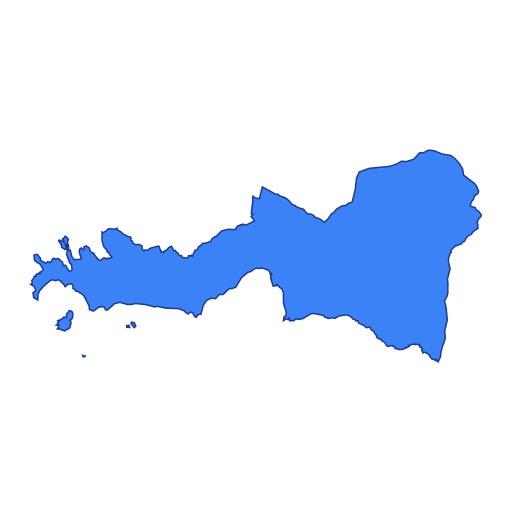 Bunda, Mara, United Republic of Tanzania (orthographic projection)
{"feature_id": "72390352B35806479810351", "entity_name": "Bunda", "entity_type": "district", "adm_level": 2, "iso_a3": "TZA", "parent_name": "United Republic of Tanzania", "parent_adm1": "Mara", "projection": "orthographic", "projection_center": [33.643, -2.036], "detail": "fine", "context": "isolated", "style": "filled", "palette": "blue", "viewbox_px": 512, "rotation_deg": 0, "n_neighbors": 0, "source": "geoboundaries", "source_scale": "gbopen_adm2", "svg_char_len": 5991}
<svg xmlns="http://www.w3.org/2000/svg" viewBox="0 0 512 512"><path d="M450.7,155.4L442.5,154.1L434.4,150.9L429.8,150.1L427.2,150.7L423.9,152.6L419.5,152.9L413.8,159.2L406.4,161.6L401.7,161.2L396.3,164.2L389.5,166.4L369.4,168.3L359.3,171.9L356.5,178.3L355.2,189.9L352.1,202.2L348.1,203.4L346.2,205.3L341.8,206.0L336.4,209.2L333.6,212.8L331.7,213.5L327.8,219.2L324.4,222.3L320.1,219.1L315.0,217.2L313.3,215.2L310.8,214.1L307.5,213.8L304.4,210.7L304.2,209.8L302.4,208.8L299.8,208.2L295.8,206.4L295.5,205.6L292.5,204.8L288.6,200.4L285.5,197.9L279.7,195.8L278.1,194.3L275.3,194.0L262.3,186.9L259.5,198.6L257.5,198.5L253.5,197.0L253.0,196.2L252.7,197.4L252.8,201.1L251.3,213.1L251.4,213.9L253.0,214.0L251.1,216.7L253.4,219.2L254.2,221.1L246.1,225.1L242.8,224.1L241.4,225.4L241.1,224.7L237.8,225.9L236.5,227.1L235.9,229.1L233.4,229.6L228.6,229.2L221.6,230.9L215.8,236.7L214.9,236.5L213.3,238.2L212.4,238.3L210.8,241.2L207.0,242.8L202.3,243.5L201.2,245.1L198.4,246.9L198.1,248.5L196.8,249.8L195.0,250.3L192.3,256.3L191.5,255.2L190.5,255.9L188.6,255.7L188.6,256.5L187.0,258.2L182.6,257.4L181.8,257.0L181.6,255.6L179.6,255.5L178.6,254.9L178.0,253.1L176.2,252.1L175.6,250.5L174.1,250.7L171.3,246.2L168.6,247.7L166.4,250.3L164.5,250.8L163.7,251.6L164.2,252.1L163.2,252.5L160.9,252.1L161.3,250.9L160.2,249.9L159.1,246.5L158.3,246.1L150.4,248.2L147.4,250.2L144.6,250.1L144.2,250.9L142.3,249.4L142.0,245.8L138.7,244.4L135.1,244.6L133.0,243.1L132.4,241.1L130.9,240.3L130.9,237.6L130.0,236.8L128.4,236.7L123.6,234.3L120.7,231.7L117.4,229.9L117.0,228.2L115.2,229.2L108.5,228.7L105.7,231.3L102.6,232.8L102.0,232.2L102.0,240.5L103.7,246.5L107.2,250.7L107.2,252.1L108.4,252.0L109.7,254.8L112.0,257.2L109.9,258.3L108.6,258.0L107.1,259.1L105.9,258.1L103.2,258.1L101.1,260.2L99.2,260.2L95.0,255.7L93.9,253.4L90.6,251.9L89.2,247.9L86.3,245.9L84.0,246.8L84.3,249.1L83.7,249.6L82.8,249.7L81.3,247.9L79.7,249.1L79.2,252.0L81.3,258.5L80.9,259.3L74.2,259.6L71.8,256.6L70.3,250.1L68.8,250.3L68.5,245.1L67.3,243.1L68.4,239.2L65.9,236.4L64.9,236.3L64.0,238.2L62.5,238.8L64.3,241.6L64.0,242.1L59.8,240.1L58.7,240.3L58.7,240.9L61.3,245.0L61.7,247.3L65.1,249.6L66.3,248.6L65.2,244.0L66.9,244.6L67.3,248.9L66.7,254.8L69.8,263.2L71.4,264.3L72.1,269.7L71.3,270.9L69.0,271.1L65.5,265.2L63.2,265.6L62.6,262.3L58.2,258.4L55.3,259.2L54.8,258.5L53.1,258.3L50.4,262.6L47.9,261.6L45.8,263.2L40.9,260.5L40.1,257.8L37.7,254.7L36.9,254.3L34.0,255.1L34.5,260.4L38.5,263.4L39.9,263.9L43.2,269.3L42.0,271.2L39.5,272.4L40.3,273.2L39.0,273.9L37.5,273.6L36.2,274.6L35.5,275.4L36.0,276.1L34.3,276.5L34.7,276.9L31.8,280.5L32.3,283.8L30.7,284.3L34.2,286.6L35.6,289.8L35.2,291.2L33.0,292.6L33.7,297.7L37.8,300.0L38.0,294.5L39.7,290.6L43.6,286.3L49.6,281.1L52.8,279.6L54.6,280.7L59.0,279.8L64.2,284.8L64.8,286.5L65.5,286.7L66.9,285.0L69.0,284.2L71.2,283.8L72.5,284.7L73.1,286.4L72.9,288.3L75.3,289.8L75.6,291.1L78.7,291.6L79.5,292.9L80.9,293.3L84.0,295.9L89.1,305.9L89.5,309.8L90.9,309.8L92.6,311.0L93.7,311.0L98.4,307.4L101.3,306.7L104.3,307.1L105.5,309.9L107.6,309.9L114.5,303.7L119.8,302.3L127.6,304.5L131.7,304.4L135.6,303.5L145.7,304.6L154.6,306.9L157.6,306.4L165.7,308.1L178.7,308.7L184.2,310.8L186.0,312.8L188.1,314.0L190.9,312.0L191.8,312.5L192.8,313.0L194.1,315.7L195.7,317.3L196.5,317.2L197.5,314.9L201.0,314.2L203.2,305.4L206.6,300.5L210.9,298.3L215.6,298.6L219.1,294.8L220.1,294.3L222.5,294.7L223.7,294.0L228.6,289.1L230.7,288.4L232.0,288.8L234.1,287.5L235.5,287.6L241.6,277.5L248.1,272.2L250.8,271.6L254.5,268.8L256.6,268.1L258.9,268.5L262.6,268.1L268.2,270.2L269.7,271.7L270.3,274.4L272.0,272.8L270.9,274.1L271.6,274.6L270.9,275.0L270.7,278.3L273.2,286.2L277.0,285.5L276.7,284.6L277.4,284.7L279.6,287.4L281.7,288.7L283.4,292.5L283.5,303.5L286.1,311.7L286.0,315.7L284.0,316.8L283.5,320.7L285.5,319.2L287.1,318.9L288.0,319.5L288.8,318.3L289.9,321.0L291.8,320.4L293.1,321.0L295.5,319.4L297.6,318.9L299.2,319.5L303.0,318.5L311.1,313.7L313.9,313.5L322.8,315.2L324.9,317.2L328.7,318.5L332.3,317.7L333.8,318.3L335.6,318.0L339.1,315.9L347.1,314.8L351.0,316.8L352.9,319.1L355.1,319.7L356.2,321.1L357.2,320.6L358.1,321.0L358.5,323.0L363.4,325.2L366.3,327.7L370.2,327.2L370.7,329.1L372.4,330.8L373.9,331.0L374.2,332.6L376.7,335.9L376.5,337.1L378.4,338.7L380.6,339.0L381.2,340.3L384.7,342.4L386.6,345.7L388.0,346.5L392.1,345.5L392.8,346.3L394.0,346.3L394.7,347.1L394.6,348.0L396.0,348.7L399.5,349.6L402.7,349.4L404.6,348.4L405.7,348.4L406.0,347.2L407.1,347.6L409.1,346.4L408.8,345.4L409.5,345.7L412.1,344.1L413.8,344.5L415.4,343.9L415.6,344.6L417.3,344.1L419.6,345.8L419.7,345.2L420.3,346.1L420.2,347.3L422.1,347.8L422.5,348.8L421.7,349.3L421.9,350.8L423.0,353.0L424.1,352.0L427.1,353.4L429.6,355.0L429.5,355.8L431.8,359.0L434.9,359.9L435.7,359.5L435.6,360.4L436.4,360.0L436.9,361.1L437.7,361.1L438.2,361.9L440.5,356.6L440.8,352.7L442.2,347.3L445.3,338.5L444.7,330.8L447.3,320.0L446.1,307.5L444.5,300.9L446.9,296.5L447.8,293.3L447.9,282.8L447.4,279.1L450.1,268.8L448.4,261.8L448.7,257.5L450.2,253.3L451.2,252.7L450.9,250.3L452.2,248.9L456.2,245.2L457.3,245.8L459.0,244.5L461.4,243.9L462.5,242.3L464.8,240.9L465.6,238.9L468.0,236.0L471.2,234.4L473.2,231.6L478.1,228.2L477.6,226.8L477.9,224.5L477.1,222.6L478.4,219.2L480.9,216.5L481.3,214.9L478.8,211.5L475.9,209.4L475.2,207.6L471.2,206.4L470.2,205.0L471.8,201.3L473.4,199.4L474.6,196.0L478.1,193.3L478.6,191.3L476.8,186.6L474.7,183.7L463.6,175.1L462.6,168.9L458.9,162.9L454.6,158.3L450.7,155.4ZM72.3,312.0L70.6,310.7L69.3,310.7L66.6,314.0L66.3,317.6L63.9,317.0L62.8,318.4L60.3,319.7L59.9,320.6L58.8,320.2L57.8,320.7L58.8,321.4L57.3,323.4L58.5,324.6L56.6,325.2L58.5,325.8L58.7,326.7L57.3,328.9L59.3,329.0L64.6,331.0L66.3,329.6L68.1,329.2L69.8,327.6L71.1,322.7L69.7,320.1L71.3,319.8L72.6,317.4L72.9,314.1L72.3,312.0ZM132.9,322.2L131.5,322.1L131.0,323.4L134.1,327.7L135.8,326.2L134.5,323.0L133.8,323.2L132.9,322.2ZM129.1,325.3L126.6,325.6L126.7,327.3L129.7,327.5L129.1,325.3ZM82.7,355.5L83.3,356.9L85.0,356.6L84.9,355.7L84.0,356.1L82.7,355.5Z" fill="#3b82f6" stroke="#1e3a8a" stroke-width="1.5"/></svg>